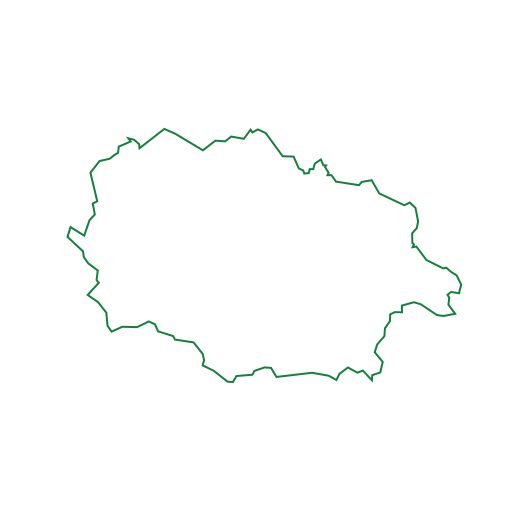 Chashka, Čaška, North Macedonia (Albers equal-area conic projection), rotated 331°
{"feature_id": "65306769B55292490733903", "entity_name": "Chashka", "entity_type": "district", "adm_level": 2, "iso_a3": "MKD", "parent_name": "North Macedonia", "parent_adm1": "Čaška", "projection": "albers", "projection_center": [21.618, 41.602], "detail": "fine", "context": "isolated", "style": "outline", "palette": "green", "viewbox_px": 512, "rotation_deg": 331, "n_neighbors": 0, "source": "geoboundaries", "source_scale": "gbopen_adm2", "svg_char_len": 1702}
<svg xmlns="http://www.w3.org/2000/svg" viewBox="0 0 512 512"><g transform="rotate(331 256 256)"><path d="M244.7,110.0L237.4,100.4L206.4,105.3L208.0,101.5L205.7,95.2L201.4,91.1L201.9,95.1L189.0,93.8L185.4,98.9L181.4,99.0L175.2,100.0L165.3,97.1L151.6,102.8L143.7,131.1L138.6,131.0L135.2,141.5L127.7,144.0L115.6,154.9L107.8,140.8L100.4,147.9L107.0,168.1L104.9,173.3L105.7,181.1L110.6,192.0L104.9,199.7L105.5,203.2L89.9,208.5L95.5,219.8L97.6,233.0L92.3,245.1L93.0,252.1L104.8,253.1L117.6,260.6L130.6,261.3L134.6,267.0L133.8,274.4L144.7,285.9L144.6,289.8L159.5,301.3L161.9,315.8L160.1,322.0L156.3,325.8L163.4,335.9L170.2,352.1L174.7,355.1L180.7,351.5L195.3,358.1L198.9,355.7L209.5,357.6L214.9,361.2L215.3,371.7L248.4,385.3L261.5,395.9L266.2,403.4L271.9,399.5L282.4,398.1L288.1,407.2L293.9,408.0L297.1,420.9L299.9,416.6L308.2,418.1L315.5,410.1L313.2,397.8L319.1,392.1L329.4,388.4L333.8,381.7L341.6,377.9L345.1,372.1L350.2,372.4L356.4,376.0L359.6,370.1L371.7,373.0L376.8,378.2L385.6,395.4L391.0,399.4L402.2,403.1L400.7,391.9L404.8,386.1L404.7,382.8L409.1,382.0L415.7,387.1L416.8,385.5L421.6,380.6L422.1,370.3L418.9,364.4L416.7,358.4L413.7,357.6L403.1,342.1L400.8,325.5L397.2,324.2L399.8,322.5L399.0,320.6L403.5,311.9L410.2,309.5L414.5,304.4L418.8,291.3L416.4,283.8L410.3,283.5L394.1,261.0L393.9,245.8L384.4,242.5L380.4,244.0L362.0,229.7L361.2,221.9L357.7,220.0L359.9,218.4L359.5,211.8L361.2,210.7L358.9,209.4L359.5,203.0L352.1,203.8L348.2,207.8L345.1,206.1L342.4,209.1L338.2,207.3L338.8,204.1L335.9,200.2L337.1,187.3L327.7,181.7L324.1,153.2L319.0,146.2L312.7,146.2L312.5,142.9L302.2,147.6L292.2,139.5L284.6,140.8L276.4,135.4L260.8,137.8L244.7,110.0Z" fill="none" stroke="#15803d" stroke-width="2"/></g></svg>